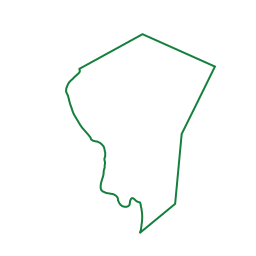 outline of Mahaut, Praslin, Saint Lucia, rotated 22°
{"feature_id": "8701671B93430889647256", "entity_name": "Mahaut", "entity_type": "district", "adm_level": 2, "iso_a3": "LCA", "parent_name": "Saint Lucia", "parent_adm1": "Praslin", "projection": "albers", "projection_center": [-60.958, 13.843], "detail": "fine", "context": "isolated", "style": "outline", "palette": "green", "viewbox_px": 256, "rotation_deg": 22, "n_neighbors": 0, "source": "geoboundaries", "source_scale": "gbopen_adm2", "svg_char_len": 3316}
<svg xmlns="http://www.w3.org/2000/svg" viewBox="0 0 256 256"><g transform="rotate(22 128 128)"><path d="M178.3,220.3L178.5,220.4L200.1,180.7L200.0,180.3L180.0,113.4L182.6,79.3L185.6,38.5L106.3,35.6L60.8,91.3L60.9,91.6L61.0,91.7L61.1,91.8L61.3,92.1L61.5,92.4L61.5,92.5L61.7,92.8L61.9,93.0L62.0,93.3L62.1,93.6L62.1,93.9L62.1,94.0L62.1,94.3L62.1,94.5L62.1,94.8L62.0,95.0L61.9,95.2L61.8,95.5L61.7,95.7L61.7,96.0L61.4,96.5L61.2,96.9L61.1,97.0L60.9,97.4L60.9,97.6L60.7,97.9L60.6,98.0L60.5,98.3L60.3,98.6L60.3,98.8L60.1,99.1L59.9,99.5L59.7,100.0L59.5,100.3L59.4,100.6L59.3,100.8L59.1,101.1L59.1,101.3L59.0,101.5L58.9,101.8L58.7,102.1L58.6,102.4L58.5,102.6L58.4,103.0L58.3,103.3L58.2,103.4L58.1,103.7L58.0,103.9L57.9,104.1L57.7,104.4L57.6,104.7L57.4,105.0L57.2,105.5L57.0,106.0L56.8,106.4L56.7,106.6L56.6,106.9L56.6,107.1L56.5,107.4L56.4,107.5L56.3,107.9L56.3,108.1L56.2,108.3L56.2,108.6L56.1,108.9L56.1,109.1L56.0,109.5L56.0,109.8L56.0,110.3L56.0,110.5L55.9,110.9L55.9,111.2L55.9,111.4L55.9,111.6L55.9,111.8L56.0,112.1L56.0,112.5L55.9,112.7L56.0,112.9L55.9,113.1L55.9,113.3L55.9,113.5L56.0,114.0L56.0,114.3L56.0,114.5L56.1,115.1L56.2,115.4L56.3,115.6L56.3,115.8L56.5,116.1L56.6,116.4L56.7,116.7L56.7,116.8L56.8,116.9L57.0,117.2L57.0,117.4L57.2,117.6L57.3,117.8L57.5,117.9L57.6,118.1L57.8,118.3L58.0,118.4L58.3,118.8L58.5,119.0L58.9,119.3L59.3,119.6L59.6,119.9L59.7,120.1L59.9,120.3L60.2,120.5L60.4,120.8L60.6,121.0L60.9,121.4L61.1,121.7L61.2,121.8L61.3,122.0L61.5,122.3L61.8,122.7L62.0,122.9L62.1,123.0L62.5,123.5L62.6,123.8L62.8,124.1L63.0,124.3L63.1,124.5L63.4,124.9L63.6,125.1L63.7,125.3L63.8,125.4L63.9,125.6L64.0,125.7L64.2,125.9L64.4,126.2L64.5,126.4L64.8,126.7L64.9,126.9L65.0,127.0L65.4,127.5L65.6,127.8L65.9,128.0L66.1,128.4L66.4,128.6L66.5,128.8L66.8,129.1L67.1,129.4L67.3,129.6L67.6,129.9L67.8,130.2L67.9,130.3L68.1,130.6L68.5,131.0L68.8,131.3L69.0,131.6L69.1,131.8L69.4,132.0L69.5,132.2L69.8,132.6L70.0,132.8L70.3,133.1L70.6,133.4L70.8,133.6L70.9,133.8L71.2,134.1L71.5,134.4L71.6,134.5L71.8,134.7L72.0,134.9L72.3,135.2L72.5,135.3L72.6,135.5L72.8,135.6L73.0,135.8L73.3,136.1L73.5,136.2L77.2,139.0L80.6,141.6L82.3,142.9L85.2,144.8L87.7,146.1L93.5,149.0L95.8,150.3L96.9,151.0L97.9,152.2L98.4,152.5L100.4,152.9L101.9,152.6L102.8,152.6L103.6,152.3L104.9,152.1L107.8,152.3L108.8,152.6L110.5,153.3L111.7,153.9L113.0,154.9L114.3,156.7L115.5,158.7L116.3,159.7L116.8,161.2L117.5,163.0L117.6,165.3L118.4,166.9L119.0,167.5L120.0,169.6L120.4,171.5L121.2,173.5L121.5,176.7L122.2,178.7L122.7,180.4L122.9,181.7L123.2,184.7L123.5,188.0L123.7,189.6L124.1,191.0L124.4,192.2L124.6,192.6L125.1,193.8L125.6,194.6L126.0,194.9L126.3,195.4L126.9,195.7L128.0,196.2L128.6,196.3L130.0,196.3L131.4,196.4L132.4,196.4L134.3,195.9L137.7,195.2L138.4,195.0L139.7,194.9L140.8,195.1L142.2,195.3L143.7,196.0L144.7,196.7L145.8,198.7L147.3,200.2L148.9,201.5L150.5,202.2L152.0,202.6L153.9,202.4L155.9,201.8L156.7,201.1L157.5,200.4L158.1,199.0L158.2,198.4L157.6,196.1L157.3,194.8L157.3,193.1L157.8,191.7L158.8,191.3L159.3,191.3L160.2,191.5L162.5,192.4L163.0,192.6L164.4,192.8L166.0,192.7L167.1,192.6L167.9,193.5L168.6,194.6L169.4,196.0L170.8,197.9L171.2,198.7L173.0,201.8L174.3,204.6L175.6,208.1L176.2,210.2L176.6,211.9L177.3,214.4L177.9,216.7L178.0,217.4L178.2,218.2L178.2,220.2L178.3,220.3Z" fill="none" stroke="#15803d" stroke-width="2"/></g></svg>